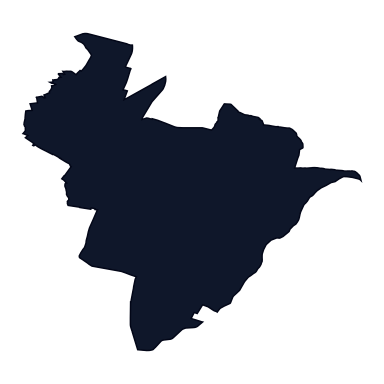 outline of Alkmaar, Noord-Holland, Netherlands
{"feature_id": "6326949B3608073145237", "entity_name": "Alkmaar", "entity_type": "district", "adm_level": 2, "iso_a3": "NLD", "parent_name": "Netherlands", "parent_adm1": "Noord-Holland", "projection": "equal_earth", "projection_center": [4.805, 52.601], "detail": "fine", "context": "isolated", "style": "filled", "palette": "ink", "viewbox_px": 384, "rotation_deg": 0, "n_neighbors": 0, "source": "geoboundaries", "source_scale": "gbopen_adm2", "svg_char_len": 5693}
<svg xmlns="http://www.w3.org/2000/svg" viewBox="0 0 384 384"><path d="M137.7,349.7L146.8,350.5L149.7,350.4L152.1,349.9L153.1,349.5L154.3,348.3L154.3,348.2L155.2,347.5L159.5,342.8L161.0,341.2L161.5,340.8L162.2,340.4L163.6,340.0L170.4,339.2L171.1,339.0L172.4,338.4L173.8,337.2L181.2,330.3L182.1,329.5L182.8,329.1L185.1,328.2L185.9,328.0L192.8,327.6L194.9,327.4L196.4,326.9L197.5,326.3L202.6,322.0L201.3,321.7L191.1,318.5L194.2,312.5L197.2,313.5L202.6,304.8L208.1,306.8L213.4,310.3L214.5,310.9L216.5,311.5L217.2,312.1L219.7,308.8L220.5,308.1L224.3,306.0L230.0,303.4L230.3,303.1L230.5,302.8L232.7,297.2L233.1,296.5L233.7,295.8L239.6,290.3L244.1,282.4L244.9,281.2L248.0,277.5L248.5,277.0L250.7,275.6L253.6,273.4L254.8,272.7L255.6,272.1L256.3,271.3L257.9,268.6L259.3,267.2L259.8,266.5L261.0,264.4L261.4,263.0L262.1,261.4L262.2,259.6L262.1,258.1L262.1,255.6L262.2,254.3L262.4,253.4L263.6,249.6L265.8,245.3L266.2,244.6L266.7,244.1L271.1,240.1L276.5,238.0L277.1,237.9L279.3,238.1L280.0,238.0L283.0,236.5L288.7,231.8L289.1,231.4L290.0,229.2L290.4,228.8L293.4,225.7L295.7,224.2L296.0,223.9L297.6,221.6L298.7,219.6L299.3,217.5L300.0,214.1L300.6,212.0L303.6,205.4L304.2,204.4L305.8,202.9L307.4,201.0L309.5,197.5L310.5,196.7L311.9,196.0L312.8,195.3L313.5,194.6L315.1,192.7L317.1,190.7L321.2,187.8L326.2,185.4L331.0,182.6L335.1,181.6L339.0,178.9L342.9,176.8L343.9,176.6L344.9,176.6L347.3,176.7L352.5,177.4L358.5,178.9L359.9,179.5L360.3,179.8L361.0,180.5L359.9,176.2L359.2,175.1L358.4,174.5L357.5,173.4L355.3,171.7L354.0,171.2L353.1,171.2L352.0,170.9L350.8,171.1L349.2,171.0L344.7,171.1L342.3,170.6L336.9,170.2L336.5,170.3L334.6,169.7L331.9,169.4L330.8,169.3L330.5,169.4L330.5,169.5L330.0,169.5L329.3,169.4L324.9,169.1L324.7,168.9L323.4,168.5L321.6,168.3L320.0,168.3L319.3,168.1L317.5,167.8L314.6,167.6L311.9,167.7L311.5,167.9L310.1,167.9L306.6,168.2L305.0,168.0L302.9,168.2L300.6,167.9L297.8,168.1L294.6,168.0L297.7,158.3L298.9,155.2L299.6,149.6L302.7,148.0L302.9,147.6L303.0,146.8L302.8,145.9L302.9,145.7L302.8,143.9L302.4,143.1L301.4,141.7L301.1,140.7L300.5,139.8L299.4,138.6L297.5,136.9L296.9,136.1L296.7,135.7L296.7,135.0L296.4,133.8L296.2,133.2L295.8,132.8L292.4,129.6L290.0,128.3L289.5,128.1L287.7,128.1L284.8,127.8L279.7,127.0L278.4,127.2L278.2,126.6L275.9,126.7L271.8,126.0L268.8,125.4L263.5,124.9L263.3,123.9L262.1,120.8L261.5,120.3L259.6,119.4L259.4,119.3L259.9,118.8L258.5,117.6L258.0,117.4L252.9,116.4L251.1,115.7L249.8,115.6L248.5,115.7L248.2,115.2L244.7,114.8L240.1,112.6L238.1,111.9L238.0,111.6L238.1,111.2L231.0,104.4L230.2,104.2L224.3,103.9L219.7,111.0L218.5,116.3L218.3,117.2L218.0,117.5L218.1,119.1L218.1,120.1L218.1,120.6L218.0,120.8L216.9,122.0L217.0,122.3L216.5,122.9L215.2,124.3L214.9,125.4L214.8,125.9L214.1,127.3L212.7,128.9L211.5,130.1L203.2,128.0L202.1,127.8L182.7,127.8L178.3,127.6L176.9,127.5L174.6,126.9L165.1,123.1L164.9,123.3L165.0,123.1L157.7,120.3L152.1,118.7L151.9,119.3L148.1,118.2L146.6,118.0L142.0,119.5L142.5,117.5L152.0,101.7L162.3,90.0L162.7,89.5L163.3,88.5L164.7,85.2L165.3,82.8L165.6,81.6L165.7,80.7L165.8,79.0L165.6,76.6L152.5,83.9L152.6,84.0L151.1,84.8L126.1,98.7L125.6,98.9L124.1,99.6L127.3,90.9L125.7,90.4L123.0,89.8L126.3,82.6L127.7,78.5L130.2,70.2L130.6,69.5L130.9,68.7L130.5,68.4L129.7,68.3L126.5,67.4L125.7,67.0L125.4,66.7L131.2,54.4L131.8,52.9L132.3,50.7L132.5,48.6L132.5,46.6L132.4,45.1L130.5,45.1L128.3,44.5L126.8,43.8L90.9,34.5L87.2,33.6L85.0,33.5L82.8,33.8L76.9,36.0L74.8,36.7L76.5,39.1L78.0,40.8L78.6,41.2L81.0,42.2L81.8,42.6L83.4,43.8L84.0,44.4L85.1,46.1L85.9,47.8L87.8,49.7L90.3,53.3L91.3,54.8L91.4,55.4L91.3,55.8L90.7,57.3L90.2,58.3L89.3,59.7L86.0,65.5L82.9,69.4L81.3,71.1L80.1,70.5L77.3,73.2L76.1,74.7L72.2,71.9L71.5,71.5L70.6,71.3L67.4,71.3L67.2,71.2L66.7,71.2L63.8,71.5L63.0,71.4L64.8,74.3L63.4,74.6L62.4,73.5L58.5,73.7L58.4,74.2L61.0,77.3L59.0,77.4L58.6,78.2L57.6,79.5L54.3,79.8L54.1,79.9L54.1,80.0L53.3,80.0L52.9,79.9L52.9,82.1L50.0,82.3L51.6,83.2L53.9,83.5L55.2,84.1L55.7,84.4L54.1,85.3L53.3,85.6L51.6,85.8L51.8,87.6L51.6,88.1L51.0,89.5L50.6,90.1L50.5,90.5L49.6,91.1L49.3,91.7L49.3,92.7L49.4,92.8L47.1,93.7L47.1,93.9L44.0,95.0L45.3,97.7L44.2,98.0L43.4,97.4L43.0,96.8L41.8,96.3L37.7,97.1L36.4,97.2L36.3,97.3L36.8,98.2L37.5,102.9L30.1,103.8L32.2,110.4L28.1,110.6L25.8,111.0L25.4,114.0L25.1,117.5L25.1,118.6L24.2,122.5L24.0,124.6L24.2,124.8L24.3,125.3L24.5,126.0L25.4,127.3L25.3,128.2L25.4,130.3L25.3,130.6L24.8,131.5L23.0,133.6L23.3,133.7L23.5,133.7L27.9,135.5L25.4,137.7L33.9,143.4L33.3,143.9L33.2,144.9L32.8,145.4L33.8,145.8L35.3,144.9L37.8,146.7L41.1,148.6L52.7,154.5L53.0,154.2L54.8,155.1L60.3,158.2L60.1,158.3L60.3,158.4L60.2,158.5L65.8,161.9L68.0,163.1L69.1,163.6L69.6,164.2L70.4,166.0L70.7,166.3L71.2,166.6L64.9,175.3L64.0,175.8L63.8,176.6L63.3,176.8L61.8,178.8L63.7,180.0L65.7,182.1L66.5,182.9L65.7,183.0L65.6,183.4L65.1,183.8L65.0,184.3L64.9,186.1L65.4,187.5L66.1,189.2L66.0,189.6L66.1,190.1L66.5,191.7L66.6,192.9L66.5,194.2L66.6,194.6L67.4,196.2L67.7,196.7L68.6,197.5L68.6,197.8L68.8,198.6L68.8,199.6L68.3,200.4L68.0,200.8L67.6,201.0L67.3,201.7L67.5,202.7L67.4,203.6L68.1,205.4L79.9,207.2L79.9,207.5L90.8,209.2L91.2,207.9L95.1,208.7L95.0,209.5L97.5,209.9L97.1,210.6L96.0,213.1L93.2,219.6L89.5,227.9L88.4,231.6L87.4,236.3L86.4,239.9L86.2,240.9L86.0,243.1L84.8,246.7L84.3,247.8L83.0,249.4L80.9,252.7L79.3,255.8L79.3,256.9L79.5,257.4L79.9,257.9L80.9,258.5L87.5,263.0L89.1,264.3L90.7,265.3L92.0,266.1L121.4,271.4L125.4,272.8L130.3,274.7L136.4,276.8L135.4,278.8L135.2,279.2L133.6,287.0L133.5,288.2L132.9,291.2L132.7,292.3L131.7,297.6L131.4,299.2L131.0,301.6L130.9,301.9L130.6,301.9L130.4,317.8L130.4,324.5L130.5,325.9L131.0,327.8L132.0,330.9L132.2,331.0L132.3,332.0L137.7,349.7Z" fill="#0f172a" stroke="#020617" stroke-width="1.5"/></svg>